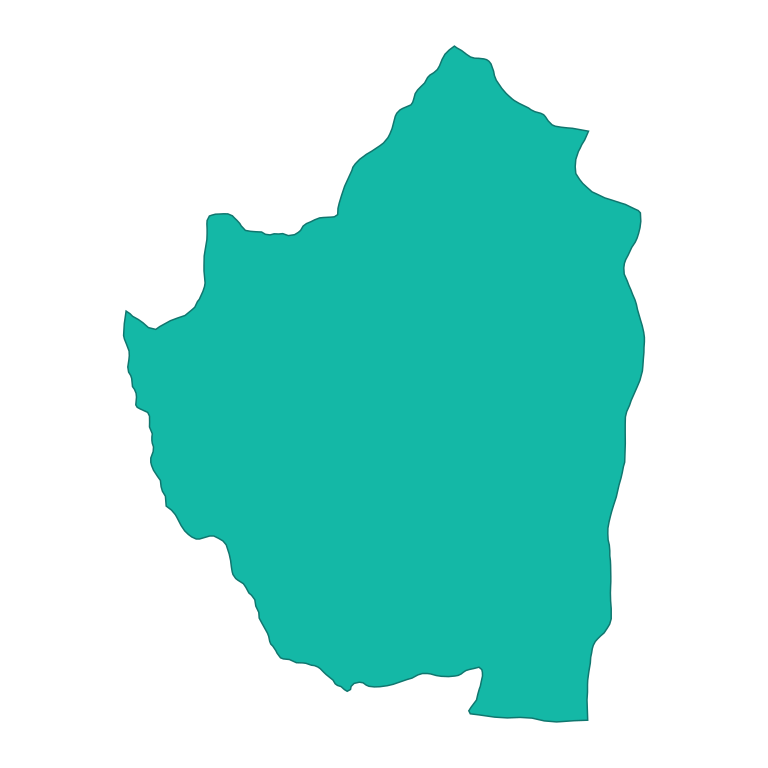 the district of Tsangkha, Daga, Bhutan
{"feature_id": "84629894B3274550477400", "entity_name": "Tsangkha", "entity_type": "district", "adm_level": 2, "iso_a3": "BTN", "parent_name": "Bhutan", "parent_adm1": "Daga", "projection": "orthographic", "projection_center": [90.044, 27.036], "detail": "fine", "context": "isolated", "style": "filled", "palette": "teal", "viewbox_px": 768, "rotation_deg": 0, "n_neighbors": 0, "source": "geoboundaries", "source_scale": "gbopen_adm2", "svg_char_len": 4673}
<svg xmlns="http://www.w3.org/2000/svg" viewBox="0 0 768 768"><path d="M587.7,720.2L587.0,699.9L587.5,692.1L587.5,684.6L587.7,680.2L588.7,672.7L589.2,669.5L590.3,663.1L590.7,657.3L591.6,653.0L592.3,648.7L593.3,645.3L595.3,641.5L597.6,638.9L600.4,636.1L604.1,632.9L607.5,627.8L609.7,624.1L611.2,618.8L611.2,614.7L611.2,608.7L610.6,600.8L610.4,592.9L610.6,586.3L610.8,581.8L610.8,576.5L610.6,565.3L610.4,560.6L609.8,555.9L609.8,550.8L609.3,545.0L608.1,539.9L607.8,533.7L607.9,528.2L609.1,521.7L610.5,515.9L611.7,511.4L613.5,505.5L616.3,496.9L617.8,490.3L619.1,484.7L621.0,478.1L622.3,472.5L623.4,466.7L624.7,462.2L625.3,443.3L625.2,433.0L625.2,424.4L625.4,416.9L626.7,411.6L629.5,405.4L631.2,400.4L637.3,386.6L639.9,380.4L642.4,371.0L642.9,365.6L643.3,359.6L643.9,352.6L644.0,347.4L644.4,341.9L644.4,337.4L643.7,332.2L642.2,325.6L640.5,320.0L637.5,309.6L636.4,304.4L635.0,299.9L632.6,294.4L630.9,289.9L628.9,285.4L627.2,280.9L624.2,274.1L623.8,267.9L624.4,263.4L625.7,259.7L628.1,255.2L631.8,247.3L635.2,242.2L637.1,238.1L638.6,233.4L640.0,227.7L640.8,221.3L640.6,217.2L640.4,212.9L638.3,210.6L634.4,208.8L629.6,206.5L625.3,204.4L620.1,202.8L611.9,200.1L604.8,197.9L596.9,194.1L592.1,191.9L586.8,187.2L582.7,183.4L579.5,179.3L575.8,173.5L575.2,166.7L575.8,159.4L578.4,151.5L580.1,148.3L581.8,144.6L584.6,140.1L586.3,136.3L588.5,131.2L572.5,128.3L567.4,127.9L561.1,127.2L555.2,126.2L552.0,124.8L548.1,120.8L545.4,116.7L543.6,114.7L540.8,113.3L534.9,111.7L531.0,109.8L528.6,108.0L524.5,106.0L519.0,103.3L514.2,100.5L512.1,98.9L508.1,95.3L506.1,93.4L501.8,88.4L496.3,80.3L494.4,75.5L493.6,71.2L491.0,63.9L489.0,61.3L486.7,59.7L483.9,58.9L478.6,58.3L474.7,58.2L470.5,57.0L466.6,54.4L461.7,50.6L456.9,47.9L454.4,46.1L449.3,49.9L445.0,54.2L442.1,59.4L439.5,65.9L437.4,69.5L433.8,72.7L429.9,75.1L427.6,77.5L424.6,83.0L420.7,86.8L417.6,90.0L415.2,93.6L413.7,99.1L412.7,102.3L410.9,104.9L402.5,108.5L399.9,110.0L396.8,113.2L395.3,116.2L392.1,128.5L390.0,133.7L388.0,137.6L383.5,143.0L379.8,145.8L371.7,151.2L366.4,154.3L359.7,159.3L355.4,163.7L352.9,167.2L351.9,170.4L344.6,186.3L341.4,195.9L339.2,203.2L338.0,208.3L337.7,214.6L334.4,216.8L331.3,217.1L323.5,217.5L319.6,217.9L314.7,219.8L310.7,221.8L306.4,223.6L303.1,226.1L300.6,230.4L298.3,232.4L294.5,234.7L288.3,235.6L282.7,233.6L278.8,234.0L274.1,233.8L270.1,234.9L265.4,234.3L261.6,232.0L256.9,231.8L254.0,231.6L250.4,231.3L245.4,230.4L243.2,228.0L241.2,225.9L239.8,223.5L236.9,220.3L234.5,218.0L232.4,215.8L227.9,213.9L223.7,213.8L219.9,214.0L215.4,214.2L212.0,215.1L209.4,216.0L207.1,220.5L206.9,223.9L207.1,229.1L207.1,233.6L206.9,239.5L205.1,250.3L204.2,256.0L204.0,265.4L204.0,270.9L205.1,283.0L204.5,286.6L202.9,291.4L199.3,299.3L197.5,301.5L194.8,307.2L192.6,309.2L189.4,311.9L185.0,315.5L177.6,318.0L170.4,320.7L164.6,323.9L159.7,326.6L155.8,329.4L148.4,327.6L143.0,322.8L138.5,319.6L132.6,316.3L129.9,313.6L126.1,311.1L124.3,323.6L124.1,326.8L123.6,335.5L124.4,339.0L126.5,344.2L129.1,351.1L129.3,355.7L128.9,359.7L127.8,367.0L128.6,372.1L130.7,375.5L131.7,378.5L132.5,386.6L134.5,389.4L136.1,393.3L136.5,397.1L135.8,404.9L137.2,407.3L140.1,408.9L147.7,412.4L149.5,416.1L149.6,422.0L149.5,427.0L152.3,433.8L151.9,436.9L151.9,440.5L152.3,443.3L153.5,446.9L153.2,451.5L150.8,458.0L150.8,462.3L151.6,465.5L153.5,470.2L157.6,476.5L160.4,480.4L161.1,486.7L162.4,491.2L165.4,496.2L166.2,506.1L171.5,510.1L175.3,514.6L176.8,517.2L181.2,525.7L184.7,530.9L188.3,534.4L191.8,537.0L196.2,539.0L199.5,539.0L209.7,536.0L213.8,536.0L218.5,538.3L222.9,540.9L226.2,544.8L229.2,554.0L230.6,560.5L231.4,567.0L232.2,571.8L233.0,574.6L235.7,578.5L237.9,580.2L243.4,583.7L245.9,587.4L248.9,593.0L251.5,595.2L254.8,599.7L255.8,606.1L258.8,612.4L259.2,618.1L261.7,622.8L267.5,633.2L268.7,636.4L269.7,641.3L270.8,644.1L272.8,646.1L275.8,650.6L277.2,653.4L280.5,657.8L283.3,658.9L289.4,659.5L296.4,662.7L302.7,662.9L305.9,663.3L311.4,665.2L314.5,665.6L317.9,667.0L320.2,668.6L323.8,672.3L326.1,674.5L333.0,680.1L335.2,683.8L337.4,685.4L341.1,686.6L344.4,689.6L347.2,691.3L350.5,689.5L351.1,686.4L354.1,683.4L359.4,682.2L363.1,682.8L366.2,685.1L369.0,686.3L374.3,686.9L380.0,686.7L387.3,685.7L393.2,684.3L407.1,679.5L412.0,678.1L417.9,674.9L422.4,673.5L427.3,673.5L430.5,673.9L436.2,675.5L441.3,676.3L448.6,676.6L455.0,676.0L458.2,675.4L461.1,674.0L463.5,672.1L466.0,670.5L469.3,669.5L473.9,668.5L479.0,667.2L481.8,669.6L482.4,672.3L482.5,676.0L481.1,682.3L480.3,686.3L479.3,689.0L477.8,694.3L476.5,700.0L474.1,703.2L471.1,707.2L468.8,710.8L470.3,713.8L478.4,714.8L494.5,717.1L499.0,717.4L507.3,717.9L520.1,717.4L532.0,718.1L544.3,720.9L556.4,721.9L560.1,721.7L574.0,720.7L587.7,720.2Z" fill="#14b8a6" stroke="#0f766e" stroke-width="1.5"/></svg>